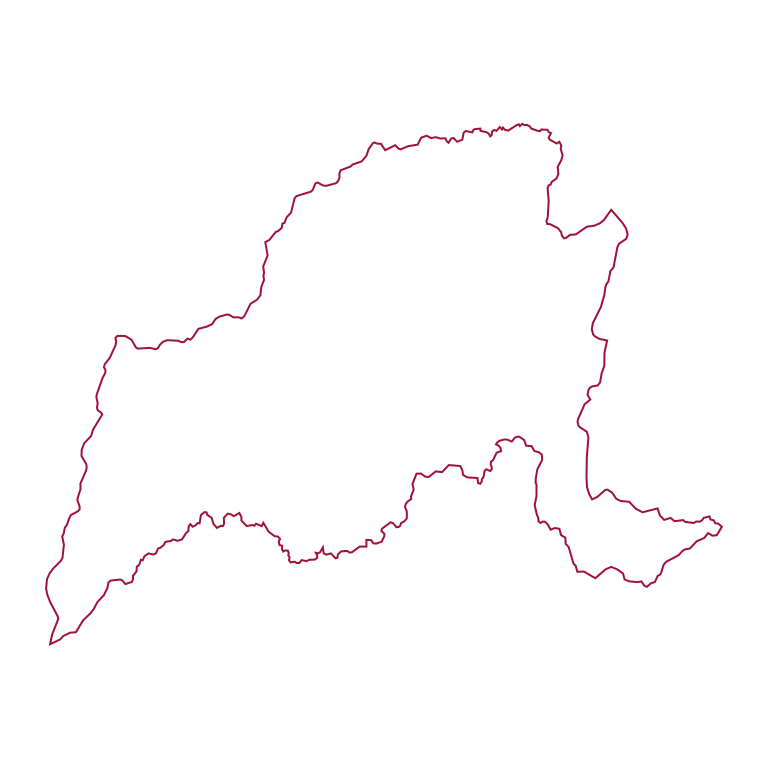 outline of Grão Mogol, Minas Gerais, Brazil
{"feature_id": "56859067B79659149842154", "entity_name": "Grão Mogol", "entity_type": "district", "adm_level": 2, "iso_a3": "BRA", "parent_name": "Brazil", "parent_adm1": "Minas Gerais", "projection": "natural_earth1", "projection_center": [-42.964, -16.475], "detail": "fine", "context": "isolated", "style": "outline", "palette": "rose", "viewbox_px": 768, "rotation_deg": 0, "n_neighbors": 0, "source": "geoboundaries", "source_scale": "gbopen_adm2", "svg_char_len": 6068}
<svg xmlns="http://www.w3.org/2000/svg" viewBox="0 0 768 768"><path d="M712.4,535.7L716.8,535.2L721.9,526.7L718.2,523.6L715.3,523.3L713.9,520.4L710.5,519.5L709.4,516.4L703.7,517.9L702.1,520.2L699.6,521.7L696.3,521.5L693.8,523.0L685.1,521.9L683.2,520.1L674.5,521.2L670.6,517.9L664.2,519.9L659.9,515.5L657.6,508.4L642.6,512.3L635.9,508.8L629.2,501.8L620.7,501.0L616.3,498.8L612.0,492.5L607.6,489.7L605.3,489.9L597.3,496.9L592.1,499.4L589.2,494.1L587.0,487.2L586.5,477.3L586.8,457.3L588.4,437.5L586.8,431.7L579.9,427.3L578.5,425.6L577.5,421.9L578.1,418.9L584.6,404.3L590.3,399.5L587.5,394.8L588.6,389.6L590.3,387.4L592.6,386.3L597.8,385.4L600.1,382.4L601.5,373.9L604.3,365.9L604.5,352.4L607.1,340.5L599.7,339.0L595.0,336.4L593.1,334.4L591.8,329.2L592.3,326.2L592.9,323.0L600.8,307.2L604.3,295.1L605.3,287.5L606.2,284.5L608.4,281.4L610.4,271.0L613.5,267.5L617.4,247.1L619.0,243.7L626.1,238.9L627.7,234.6L626.0,228.3L622.3,222.6L611.2,209.8L603.9,220.1L600.0,223.2L594.0,225.8L586.9,226.7L575.8,234.4L570.1,234.8L565.9,238.0L563.9,238.3L562.0,235.8L561.1,232.2L558.0,228.2L550.2,224.2L547.2,223.9L546.4,220.8L547.7,217.8L548.7,200.9L547.6,188.2L548.5,185.4L550.6,184.6L551.6,182.0L556.5,178.5L558.4,173.8L557.7,166.8L561.2,160.4L562.6,155.2L560.7,149.0L561.3,145.7L559.4,141.8L556.7,143.5L549.5,139.5L548.7,137.5L551.0,133.1L548.8,132.1L547.5,129.8L541.3,129.5L540.0,131.1L538.0,130.9L531.3,128.6L529.7,126.3L527.0,125.0L524.2,125.0L522.3,123.8L519.9,126.1L518.9,124.3L516.9,125.0L508.1,130.6L504.9,129.8L503.0,127.6L502.0,129.5L499.8,127.0L496.4,130.9L494.0,129.9L492.1,131.5L491.7,135.1L490.2,136.4L488.7,133.6L486.2,132.1L480.5,130.9L480.4,128.6L474.9,129.1L473.2,130.2L472.4,132.4L465.7,131.0L463.6,132.9L462.3,139.7L457.1,141.7L453.5,138.0L451.2,138.5L448.5,142.8L446.8,141.3L445.4,138.3L440.1,138.5L435.9,137.2L431.0,138.1L426.6,135.7L421.1,137.7L417.6,144.7L408.4,146.1L400.7,149.3L398.6,148.7L395.2,145.2L385.2,150.2L381.0,143.9L376.6,143.5L374.8,142.5L372.9,143.1L368.7,149.1L366.4,155.8L361.5,161.5L352.6,164.5L350.6,166.5L340.8,170.2L339.4,173.1L339.5,177.4L338.3,180.8L336.1,183.2L326.4,185.8L323.4,185.6L317.5,182.5L315.4,183.4L312.8,189.8L311.0,191.6L296.7,196.0L294.7,198.0L291.0,212.7L286.7,217.2L284.5,222.8L282.4,223.6L281.7,228.0L278.0,231.1L275.7,232.0L269.3,240.0L265.3,242.1L267.6,255.5L263.2,266.5L264.1,273.0L263.4,275.4L264.0,279.9L261.3,287.0L260.4,295.3L257.1,299.6L250.5,303.8L244.4,316.1L241.7,318.5L238.6,317.3L233.3,317.3L229.0,314.7L226.6,314.6L219.5,316.6L215.5,319.0L212.1,324.2L206.6,326.7L198.4,328.8L192.9,337.2L190.4,339.7L187.5,338.6L183.9,342.1L181.3,342.1L177.9,340.7L167.1,340.2L163.0,341.8L159.9,344.8L158.0,348.1L155.5,349.3L150.3,347.9L137.7,348.6L135.9,347.4L131.4,339.6L125.2,336.0L117.5,335.9L115.4,337.8L116.2,341.6L115.6,345.1L109.8,357.8L104.8,364.2L103.9,367.2L105.5,370.0L105.3,372.8L102.5,378.1L96.7,394.6L96.4,397.4L97.7,403.2L96.9,408.2L98.1,410.7L100.9,412.3L102.3,414.4L93.0,429.7L91.1,436.0L84.2,443.2L81.7,449.8L81.5,455.9L86.3,464.2L86.7,467.3L86.1,470.5L80.4,483.6L80.5,489.2L77.7,497.9L77.4,500.2L79.6,506.4L79.6,509.3L78.0,511.2L71.2,514.8L69.9,516.6L66.8,525.0L64.8,527.7L63.7,533.5L62.2,536.3L63.9,544.9L62.5,557.7L61.0,560.7L53.1,568.6L49.6,573.4L47.0,579.1L46.1,588.6L47.2,594.3L50.1,602.0L57.6,616.1L58.3,619.0L52.2,634.2L50.1,644.2L60.0,639.5L63.2,636.1L70.0,632.7L75.9,632.2L83.2,620.2L89.9,613.9L93.6,609.2L97.5,602.0L103.9,595.1L107.3,588.2L108.4,582.5L110.7,580.6L120.1,579.5L122.4,580.5L125.4,584.1L131.9,581.9L133.0,579.2L133.0,575.7L136.5,571.5L136.8,566.7L139.1,565.0L140.9,559.8L142.7,560.3L144.5,556.1L148.6,553.4L153.2,554.5L155.8,553.5L158.1,548.5L160.2,547.9L163.8,545.0L165.3,541.9L170.7,541.0L173.1,539.4L177.5,540.8L182.0,539.4L186.2,532.9L188.3,531.2L188.8,526.0L190.5,524.2L192.6,526.7L195.6,525.3L197.5,523.1L199.6,523.3L200.9,515.1L204.5,512.1L206.6,512.4L207.1,514.7L211.6,517.8L213.6,524.2L217.0,527.9L220.7,525.9L223.1,526.0L224.1,523.4L223.8,517.9L227.7,513.7L231.2,514.4L233.8,516.2L239.3,513.0L241.4,517.0L241.4,520.6L246.7,526.1L252.1,525.0L254.4,525.7L256.1,523.7L261.7,526.1L263.3,522.8L268.6,531.7L274.5,536.1L278.0,536.6L280.1,539.0L278.8,541.3L279.4,544.9L282.2,545.8L282.0,549.1L283.2,551.5L284.9,550.5L287.9,550.6L288.8,553.0L288.2,555.1L289.7,557.5L288.9,560.1L290.5,562.4L294.7,561.7L296.7,563.0L299.4,563.0L301.6,560.1L306.5,561.1L309.3,559.8L314.7,559.6L317.2,557.8L317.1,555.3L315.8,552.8L318.2,553.3L320.2,552.1L322.9,547.4L323.7,553.4L326.2,554.6L330.8,553.4L335.6,558.3L337.4,557.8L337.9,554.5L341.0,551.4L347.4,550.9L349.0,552.4L351.8,552.4L359.6,546.6L366.4,546.6L366.4,539.9L371.2,540.2L373.3,543.3L376.2,543.6L381.7,541.7L384.3,536.2L384.4,533.9L381.4,530.9L382.1,528.6L390.6,522.3L393.2,523.3L396.4,527.2L398.6,527.0L400.2,525.7L401.1,523.1L404.4,521.2L406.8,518.4L406.8,511.4L404.9,506.8L405.9,503.7L407.9,501.3L411.3,499.0L411.0,496.3L413.7,489.7L412.5,484.0L416.5,473.7L421.0,473.6L425.4,476.7L428.6,477.0L435.8,471.4L442.1,472.1L448.8,465.1L460.2,466.0L462.4,470.3L463.0,474.9L467.2,477.4L477.4,478.0L478.1,483.1L480.3,483.7L481.6,481.8L481.9,479.2L483.5,477.1L484.5,471.1L486.3,469.3L490.2,471.0L491.6,469.5L491.8,467.3L490.7,464.6L491.0,461.7L493.1,460.1L496.6,452.7L501.0,451.2L500.5,448.0L498.5,445.5L496.0,444.4L497.2,442.4L499.5,440.8L504.2,439.5L507.3,439.6L511.8,441.6L514.9,437.6L517.0,436.9L519.2,436.6L524.2,440.1L526.1,445.7L531.7,446.2L534.3,451.0L539.1,452.3L541.8,454.6L542.2,459.8L537.3,469.5L535.7,478.9L535.6,482.5L536.5,484.9L536.5,495.8L534.7,505.2L536.7,514.2L538.3,518.1L538.5,521.4L540.4,523.0L542.6,521.6L544.8,521.6L547.8,524.5L550.6,529.7L554.9,528.0L559.4,528.8L561.1,535.2L565.3,537.6L565.7,543.9L568.7,547.1L573.5,563.6L575.7,565.8L577.3,571.8L583.8,571.5L595.3,578.2L605.6,569.3L611.3,566.9L617.3,569.4L623.0,573.5L624.6,579.4L629.0,581.3L637.5,582.1L641.3,581.4L644.4,585.8L646.9,586.8L651.0,583.3L654.9,582.0L657.7,575.9L659.9,574.8L661.1,573.0L663.5,565.0L666.1,561.8L678.6,555.2L682.3,551.1L685.0,549.4L689.9,548.5L696.8,541.2L704.2,538.0L708.1,533.1L712.4,535.7Z" fill="none" stroke="#9f1239" stroke-width="2"/></svg>